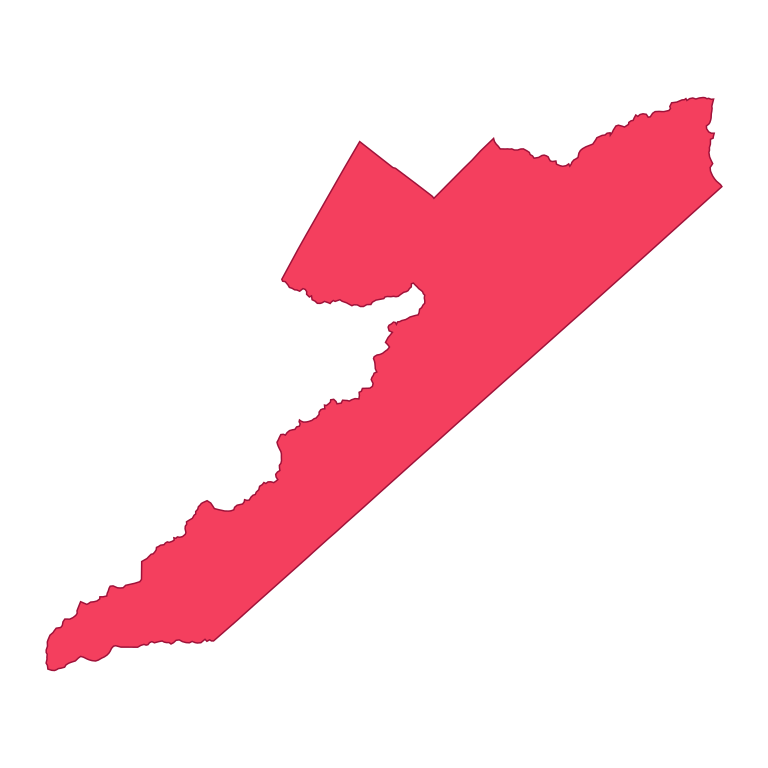 Jaru, Rondônia, Brazil
{"feature_id": "56859067B25021764708430", "entity_name": "Jaru", "entity_type": "district", "adm_level": 2, "iso_a3": "BRA", "parent_name": "Brazil", "parent_adm1": "Rondônia", "projection": "mercator", "projection_center": [-62.677, -10.648], "detail": "fine", "context": "isolated", "style": "filled", "palette": "rose", "viewbox_px": 768, "rotation_deg": 0, "n_neighbors": 0, "source": "geoboundaries", "source_scale": "gbopen_adm2", "svg_char_len": 6065}
<svg xmlns="http://www.w3.org/2000/svg" viewBox="0 0 768 768"><path d="M713.6,99.1L711.1,99.3L708.7,98.3L706.9,98.7L705.0,97.7L703.1,97.5L699.1,98.0L695.9,99.0L692.8,98.0L689.7,98.6L686.9,100.5L685.9,98.6L684.3,99.7L682.0,99.9L676.8,102.1L671.6,102.8L669.8,106.5L670.5,108.5L668.9,110.5L664.0,111.6L662.1,111.6L659.2,111.4L655.1,111.6L652.6,113.3L650.3,116.8L648.2,117.2L646.3,114.3L643.0,113.8L640.1,114.5L637.8,116.4L635.8,115.0L634.2,117.9L633.1,120.4L631.1,120.8L628.8,122.4L628.5,124.4L624.5,127.0L621.9,126.1L618.4,125.2L615.9,126.0L614.7,127.9L613.3,130.1L612.3,132.3L610.3,135.2L610.1,132.8L607.1,133.2L605.0,135.0L602.1,135.4L596.9,137.7L595.8,139.7L592.8,144.1L585.9,146.8L582.5,148.7L580.4,150.5L578.9,153.1L578.0,157.5L575.7,159.0L573.8,160.0L571.9,162.3L571.2,164.2L569.8,166.2L568.7,163.9L566.1,165.7L562.7,166.3L560.1,165.7L556.5,164.2L555.9,161.0L552.5,161.5L550.4,161.0L549.1,159.0L548.2,156.9L546.3,155.8L544.1,155.1L541.9,155.5L538.7,157.4L534.1,158.2L532.5,155.9L530.2,154.6L529.3,152.4L526.9,150.8L523.4,148.9L520.7,149.0L517.7,150.0L514.4,150.0L511.8,148.9L509.8,149.1L507.6,148.9L505.3,149.0L500.2,148.9L498.3,146.3L496.1,144.0L494.4,141.4L493.6,138.4L480.5,151.0L472.0,160.2L463.4,168.6L433.9,198.3L432.3,196.3L415.9,183.7L395.5,168.3L392.9,167.6L359.7,141.6L344.7,167.3L305.6,235.8L298.2,249.0L281.8,279.3L282.6,281.2L285.3,281.7L288.0,285.0L289.4,287.4L292.1,288.3L294.6,289.8L296.8,290.0L299.7,291.2L303.0,288.6L305.3,289.5L306.7,291.7L306.6,294.3L309.4,297.0L311.5,295.9L312.1,299.7L315.0,301.1L317.3,303.3L320.2,303.4L322.1,302.8L324.5,301.4L328.3,302.7L330.1,303.5L331.4,302.0L333.3,300.5L335.1,301.4L339.9,299.7L342.0,301.2L346.5,302.8L351.9,305.7L353.9,304.8L357.3,304.9L360.3,306.5L363.5,306.5L366.8,304.6L370.9,304.5L372.3,302.2L376.0,300.1L383.8,298.6L385.1,296.9L387.5,296.5L390.9,296.7L393.5,296.3L396.0,296.7L398.3,296.3L400.5,294.5L403.7,292.3L406.4,291.6L408.1,290.6L409.5,288.5L411.3,286.9L411.4,283.7L413.4,283.1L415.0,284.8L417.2,286.9L418.8,288.7L420.7,290.1L422.6,291.7L423.3,293.7L424.7,295.1L424.3,298.0L424.8,300.8L424.7,303.3L423.1,304.9L421.6,307.7L419.6,309.2L419.1,312.7L418.1,314.9L415.2,315.5L410.0,317.0L407.8,318.4L405.6,319.6L401.6,320.6L399.8,321.6L397.6,321.9L396.4,324.4L395.4,322.5L393.5,322.1L391.6,323.8L389.0,325.3L388.1,327.1L389.1,330.8L392.4,332.3L390.4,334.8L388.1,337.5L385.5,342.4L387.6,344.5L389.5,347.0L387.5,349.6L385.8,350.8L382.6,353.3L379.9,354.5L377.0,355.0L374.2,356.7L373.5,358.6L374.4,360.9L374.9,363.1L375.2,366.6L375.3,368.8L376.8,372.0L374.1,373.2L373.3,375.4L372.0,377.3L371.2,379.6L373.1,383.5L372.4,386.4L369.8,388.2L362.4,388.4L361.4,391.2L359.1,392.3L359.4,395.6L358.9,398.9L355.0,398.6L351.5,399.8L349.3,401.1L347.2,400.5L345.1,400.4L342.6,400.2L341.2,403.1L337.0,403.8L336.0,401.5L333.7,399.3L330.7,399.8L330.4,402.1L329.0,403.5L326.4,405.5L324.5,405.1L324.8,408.8L322.8,408.9L320.8,409.7L319.1,412.1L319.1,414.5L316.0,418.1L314.1,418.7L311.9,420.4L308.6,421.5L306.2,422.0L303.5,422.1L301.2,421.2L299.5,420.0L299.1,421.8L300.2,423.9L299.4,426.2L296.6,426.9L294.9,429.4L292.4,429.8L289.5,430.6L287.1,432.6L285.4,435.1L283.4,434.3L280.8,434.6L279.3,437.6L278.2,440.1L277.0,442.2L277.5,444.2L278.4,446.6L279.7,449.3L280.9,451.6L281.4,453.8L281.4,457.7L281.5,460.8L280.9,463.3L279.4,465.3L279.5,468.0L279.9,470.5L277.5,472.0L275.7,474.3L276.1,477.0L277.8,479.6L275.9,481.2L273.8,482.6L270.8,481.8L268.0,481.9L265.9,483.5L263.9,482.5L262.3,484.6L259.6,486.3L258.8,489.7L256.2,492.2L255.3,494.5L253.0,495.2L251.0,497.1L249.3,500.0L247.0,500.4L244.6,499.7L244.2,501.9L242.6,504.0L237.1,505.2L234.6,507.3L233.8,509.8L231.1,510.8L228.8,511.1L224.7,511.0L221.6,510.3L219.6,509.9L217.1,509.3L214.4,508.6L212.6,505.8L210.7,503.0L207.1,500.7L203.1,502.5L201.3,503.5L200.0,505.2L198.4,506.7L197.7,509.3L195.7,511.5L195.7,514.0L194.1,515.2L192.4,518.3L189.4,520.0L186.5,521.8L186.7,524.3L185.3,526.2L185.1,528.8L185.9,532.5L185.3,534.3L182.5,536.6L179.7,537.3L177.4,536.9L175.8,538.3L173.9,537.8L174.2,540.0L172.5,541.2L169.2,542.4L167.3,541.9L165.4,543.0L164.0,544.7L160.5,545.2L158.4,546.6L156.5,547.4L156.2,549.8L155.0,551.7L153.2,553.8L151.1,554.3L148.9,556.5L146.9,558.6L141.7,561.5L141.5,579.4L139.8,581.7L134.7,583.3L125.7,585.3L123.1,587.8L120.0,588.0L117.5,587.8L113.1,585.9L110.2,586.2L109.1,588.2L108.2,591.2L107.3,593.1L106.7,596.0L103.0,596.8L99.9,596.8L99.7,599.0L96.9,601.0L93.7,601.8L90.6,602.1L88.7,603.4L86.9,604.4L82.5,602.5L80.6,601.7L78.9,605.9L77.0,610.8L77.2,613.3L75.8,615.4L72.8,617.7L69.6,619.2L67.5,619.1L64.8,619.1L63.0,621.8L62.3,625.5L60.7,627.5L56.2,628.2L54.2,630.8L53.1,632.5L50.0,635.2L48.0,639.9L47.3,642.0L47.5,646.2L46.2,650.0L46.2,652.5L47.2,654.3L46.9,657.2L47.0,659.1L46.1,663.1L47.4,665.3L47.9,669.1L51.7,670.3L54.5,670.5L56.4,669.8L58.4,668.6L60.9,668.2L64.6,667.2L66.0,664.9L68.5,663.3L71.0,662.3L75.4,660.9L78.5,657.9L80.7,656.4L83.5,657.2L87.1,659.0L89.4,659.9L91.9,660.6L95.6,661.0L98.3,660.1L101.7,658.1L104.3,656.9L107.1,655.0L109.0,653.0L110.2,651.1L111.5,648.4L113.5,646.2L115.7,645.7L120.9,647.1L127.4,647.1L137.7,647.2L140.8,645.4L144.0,644.4L146.1,645.1L147.9,644.7L149.6,642.6L151.9,641.6L154.4,642.8L158.9,641.6L162.2,641.0L164.2,642.1L166.6,642.6L169.2,642.6L171.0,644.0L173.5,642.7L176.1,640.3L179.3,639.9L182.4,641.6L186.1,642.6L189.4,642.8L192.1,641.4L195.1,642.6L197.3,643.0L200.9,642.7L205.0,639.3L206.9,641.3L209.7,639.8L211.3,640.9L213.6,640.9L237.3,620.2L253.7,605.4L309.0,556.1L313.1,552.3L328.7,538.3L335.5,532.4L346.3,522.6L363.6,507.2L380.1,492.3L417.4,458.9L436.2,442.2L455.5,424.8L506.9,379.0L529.3,359.2L559.1,332.6L568.3,324.4L585.8,308.9L631.0,268.4L721.9,186.6L720.5,184.6L716.5,181.2L714.5,178.8L712.6,175.9L711.5,173.5L710.5,171.1L710.1,167.5L711.2,165.9L712.7,163.6L711.0,160.2L709.6,156.9L708.9,152.4L709.5,150.2L709.4,147.5L710.4,144.2L710.5,139.3L713.1,138.2L713.4,136.3L714.2,133.2L711.3,133.2L708.7,131.9L706.6,128.8L706.4,125.9L708.7,124.2L709.8,122.6L710.7,119.9L711.1,117.9L711.3,113.8L711.8,111.1L712.1,108.3L711.8,106.2L712.8,102.3L713.6,99.1Z" fill="#f43f5e" stroke="#9f1239" stroke-width="1.5"/></svg>